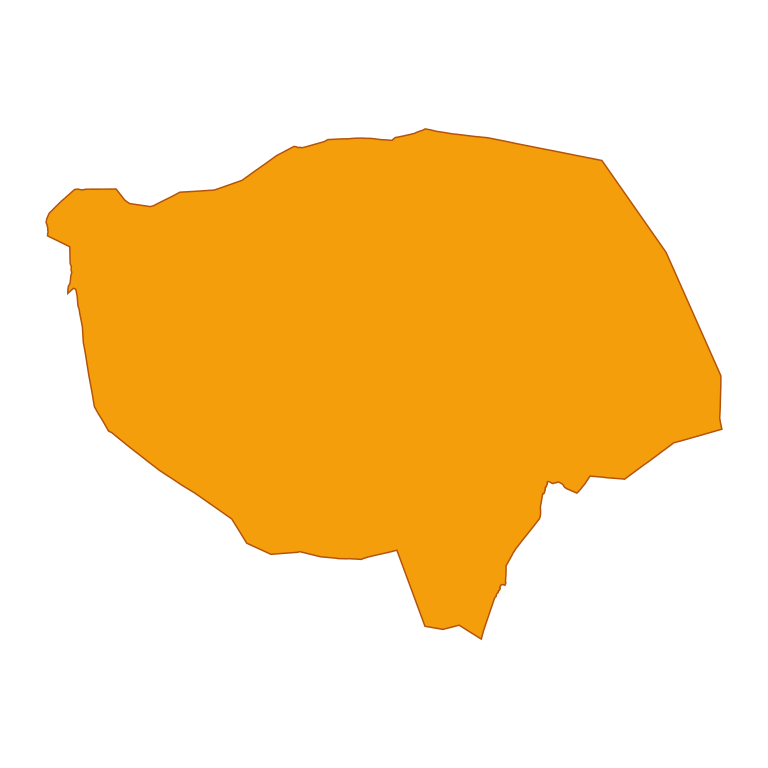 outline of Selbu nor, Sør-Trøndelag, Norway
{"feature_id": "86288312B45972287407526", "entity_name": "Selbu nor", "entity_type": "district", "adm_level": 2, "iso_a3": "NOR", "parent_name": "Norway", "parent_adm1": "Sør-Trøndelag", "projection": "albers", "projection_center": [11.135, 63.176], "detail": "fine", "context": "isolated", "style": "filled", "palette": "amber", "viewbox_px": 768, "rotation_deg": 0, "n_neighbors": 0, "source": "geoboundaries", "source_scale": "gbopen_adm2", "svg_char_len": 5259}
<svg xmlns="http://www.w3.org/2000/svg" viewBox="0 0 768 768"><path d="M720.8,375.6L666.1,252.4L601.9,160.5L516.5,143.6L505.2,141.2L487.5,137.7L474.9,136.5L456.2,134.2L452.5,133.9L443.1,132.3L436.3,131.3L430.3,129.8L425.1,128.9L423.6,129.8L421.7,130.6L419.3,131.3L415.8,132.7L415.1,133.2L408.6,134.8L404.5,135.7L403.0,136.1L401.5,136.3L397.9,137.1L395.4,137.5L394.8,137.8L392.9,139.5L392.1,140.3L388.9,140.2L388.1,140.0L380.5,139.6L373.3,138.6L370.3,138.4L369.4,138.3L368.2,138.4L366.3,138.3L364.6,138.3L363.6,138.2L362.8,138.1L355.3,138.2L351.2,138.5L348.4,138.8L341.7,138.9L327.8,139.6L324.0,141.7L304.1,147.3L302.2,147.6L301.4,147.7L301.1,147.7L300.5,147.4L300.2,147.3L299.6,147.3L299.2,147.4L298.7,147.5L297.8,147.6L297.6,147.5L297.4,147.3L297.2,147.3L297.0,147.1L296.3,146.8L296.0,146.8L295.7,146.6L295.3,146.7L294.0,146.4L277.9,154.9L275.7,156.2L265.4,163.7L262.8,165.5L259.7,167.7L254.7,171.2L241.9,180.4L238.7,181.5L215.3,189.7L213.7,190.1L212.1,190.3L210.0,190.3L200.4,191.0L179.9,192.2L172.4,196.2L161.3,201.7L153.7,205.6L153.3,205.8L150.2,206.6L129.8,203.6L126.6,201.5L124.4,199.7L116.1,189.0L111.1,189.1L86.2,189.2L81.5,190.0L80.3,189.6L77.8,189.1L74.6,189.5L64.1,198.8L61.3,201.2L49.2,213.2L46.7,218.9L46.1,222.6L46.3,222.8L46.3,223.1L46.7,223.9L46.9,224.5L47.0,224.9L47.3,225.7L47.3,226.3L47.5,226.6L47.5,227.2L47.7,227.5L47.7,227.9L47.8,228.6L47.9,228.9L47.9,229.1L47.7,229.7L47.7,230.1L47.7,230.3L48.0,230.9L48.0,231.2L48.0,231.5L48.0,232.2L47.9,232.6L47.9,233.0L47.7,233.4L47.6,233.8L47.7,234.6L47.7,235.1L47.7,235.3L47.6,235.6L47.5,235.8L48.8,236.5L67.9,245.8L69.8,246.9L70.1,263.1L70.4,264.3L70.9,265.3L71.3,266.7L71.3,267.1L71.1,269.5L71.2,270.8L71.5,271.3L71.7,272.4L71.5,273.6L70.9,275.6L70.8,276.1L70.5,278.4L70.6,278.8L70.1,282.5L69.8,283.8L68.4,286.2L68.2,287.3L67.9,289.7L67.8,293.4L73.5,288.3L75.4,289.0L75.8,289.7L76.5,292.7L77.2,296.4L77.4,299.0L77.8,304.3L78.1,306.4L79.2,309.4L79.8,313.8L81.4,321.7L82.4,327.0L83.3,342.3L85.2,352.4L88.9,375.8L91.9,391.8L94.4,406.7L98.3,413.7L103.1,421.4L108.5,431.0L112.3,433.0L113.4,434.0L118.4,438.1L124.8,443.3L130.8,448.1L138.9,454.4L147.5,461.2L160.2,470.9L173.9,479.8L181.1,484.7L195.0,493.2L231.7,518.9L239.2,530.9L246.7,543.2L265.5,551.8L271.0,554.3L297.3,552.3L297.9,552.1L298.3,552.1L298.5,552.0L298.7,551.9L299.5,551.7L301.2,552.0L320.7,556.8L336.2,558.2L338.1,558.6L346.0,558.8L349.8,558.7L353.3,559.0L353.9,558.9L361.0,559.4L362.0,559.1L363.8,558.4L367.7,557.1L377.0,554.9L388.7,552.3L396.9,550.2L425.0,626.3L442.9,629.4L459.1,625.2L481.3,639.1L483.5,630.9L483.7,630.2L487.2,619.8L494.4,598.6L494.8,597.8L495.0,597.3L495.7,596.9L496.1,596.5L496.3,595.3L496.4,594.5L496.7,594.2L497.0,593.5L497.4,593.1L497.5,593.0L497.9,592.9L498.0,592.5L498.1,592.4L498.0,592.2L498.2,591.9L498.4,591.6L498.6,591.3L498.6,591.1L498.7,590.6L499.1,590.5L499.2,590.4L499.2,590.2L499.3,590.2L499.4,589.9L499.5,589.8L499.6,589.5L499.8,589.4L500.0,589.1L500.2,588.9L500.2,588.7L500.1,588.2L500.0,587.9L499.9,587.8L500.0,587.7L499.9,587.6L499.9,587.4L499.8,587.1L500.0,586.8L500.0,586.7L500.1,586.3L500.2,586.2L500.6,585.9L500.6,585.7L500.9,585.2L501.0,585.1L501.1,584.9L501.4,584.8L501.7,584.7L502.1,584.8L502.2,584.7L502.3,584.6L503.1,584.6L503.4,584.7L503.7,584.7L504.0,585.0L504.7,585.0L504.9,585.2L505.2,584.8L505.2,584.7L505.4,584.3L505.4,584.2L505.5,584.0L505.5,583.9L505.6,583.7L505.6,583.4L505.5,583.2L505.6,582.8L505.6,582.6L505.7,582.4L505.8,582.3L505.7,582.2L505.5,581.9L505.5,581.0L505.5,580.8L506.0,573.9L506.1,565.8L509.5,559.7L512.6,554.1L512.8,553.3L514.2,551.5L515.5,549.1L517.3,546.9L518.3,545.6L521.6,541.3L523.0,539.6L523.5,538.8L526.3,535.5L527.8,533.5L529.4,531.5L534.1,525.6L536.8,522.1L539.5,518.7L540.0,516.9L540.2,516.2L540.3,515.7L540.5,514.6L540.5,514.1L540.6,513.3L540.6,511.5L540.5,509.3L540.4,507.0L540.6,505.4L541.0,503.7L541.6,500.0L542.7,493.8L543.1,493.9L543.3,493.9L543.9,493.6L544.0,493.5L544.1,493.1L544.1,492.9L544.1,492.6L544.4,492.3L544.6,492.1L544.6,491.9L544.6,491.4L544.7,490.9L544.7,490.7L544.8,490.6L545.0,490.6L545.1,490.4L545.1,489.9L545.2,489.7L545.1,489.4L545.2,489.2L545.2,488.7L545.3,488.4L545.3,488.2L545.5,487.8L545.4,487.8L545.4,487.7L545.5,487.7L545.7,487.4L545.7,487.2L545.9,487.1L545.9,486.9L546.0,486.9L545.9,486.9L546.0,486.8L546.0,486.7L546.3,486.4L546.3,486.2L546.5,485.8L546.6,485.7L546.6,485.4L546.8,485.0L546.8,484.9L547.0,484.8L547.1,484.5L547.2,484.4L547.2,484.1L547.2,483.9L547.2,483.6L547.3,483.5L547.2,483.3L547.3,483.1L547.2,482.9L547.2,482.7L547.3,482.4L547.3,482.1L547.3,481.9L547.5,481.6L548.9,481.7L549.7,481.9L550.3,482.2L551.9,483.3L552.2,483.4L552.7,483.5L553.2,483.5L554.1,483.1L555.9,482.7L556.2,482.6L556.6,482.7L556.9,482.4L557.1,482.3L557.6,482.1L558.0,482.0L558.6,482.1L559.5,482.5L560.7,483.1L562.0,483.9L562.5,484.3L563.0,484.8L563.3,485.2L564.0,486.4L564.3,486.8L564.7,487.3L566.8,488.8L569.3,489.8L576.8,493.1L578.6,491.5L580.3,489.4L580.7,489.1L583.1,486.0L584.7,484.2L590.0,476.1L603.2,477.2L605.6,477.6L623.5,479.0L624.6,479.2L630.2,475.0L637.4,469.7L642.9,465.6L649.0,461.3L657.2,455.2L661.8,451.7L671.3,444.7L673.5,442.9L686.5,439.3L709.3,432.8L721.9,429.2L720.4,422.3L719.7,418.1L720.1,410.3L720.3,405.0L720.4,400.0L720.8,386.5L720.9,380.4L720.8,375.6Z" fill="#f59e0b" stroke="#b45309" stroke-width="1.5"/></svg>